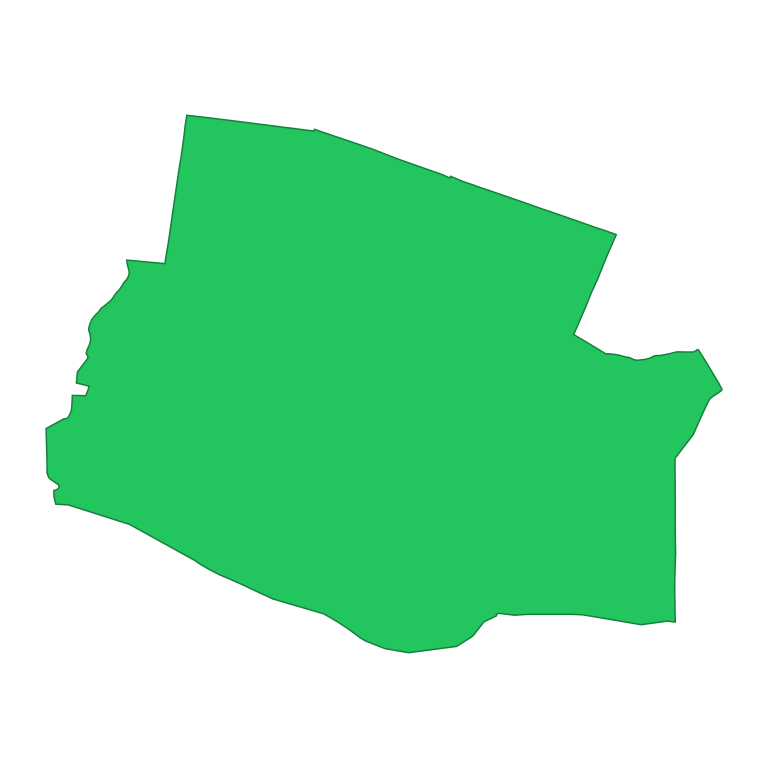 the district of Cascioarele, Calarasi, Romania
{"feature_id": "2599482B95938588353719", "entity_name": "Cascioarele", "entity_type": "district", "adm_level": 2, "iso_a3": "ROU", "parent_name": "Romania", "parent_adm1": "Calarasi", "projection": "albers", "projection_center": [26.457, 44.135], "detail": "fine", "context": "isolated", "style": "filled", "palette": "green", "viewbox_px": 768, "rotation_deg": 0, "n_neighbors": 0, "source": "geoboundaries", "source_scale": "gbopen_adm2", "svg_char_len": 2695}
<svg xmlns="http://www.w3.org/2000/svg" viewBox="0 0 768 768"><path d="M314.6,129.3L313.9,131.0L309.4,130.5L212.1,118.2L186.8,115.3L185.0,126.7L184.1,135.2L181.1,157.2L179.3,167.3L175.0,196.6L168.5,241.6L166.5,253.5L165.6,258.6L165.3,261.1L165.0,263.6L145.9,261.9L132.7,260.6L126.7,260.1L127.2,263.8L128.4,268.6L129.3,272.1L129.0,274.5L127.7,277.8L126.7,279.5L125.0,281.3L123.8,282.7L122.1,285.6L119.4,289.7L116.4,292.7L114.0,296.0L112.6,298.4L110.1,301.1L105.6,304.9L100.9,308.5L99.1,311.3L97.2,313.3L94.9,315.6L91.9,319.3L90.3,323.0L89.3,326.0L88.7,328.6L88.8,330.3L89.8,333.4L90.2,335.1L90.5,337.5L90.5,340.4L90.0,343.0L88.6,346.6L87.3,349.2L86.5,351.8L86.2,353.2L86.5,354.1L87.4,355.7L88.0,356.8L87.7,358.5L86.2,360.3L77.4,372.0L76.4,383.0L89.2,386.2L88.1,389.7L85.7,395.7L76.7,395.5L72.3,395.4L72.1,401.5L71.7,407.8L71.4,410.1L70.5,412.7L69.4,415.2L68.4,416.9L67.4,418.0L66.8,418.5L66.4,418.6L64.7,418.6L64.1,418.7L46.1,428.5L46.1,429.4L46.3,436.1L46.6,446.8L46.9,456.6L47.0,461.1L47.1,465.6L47.0,471.0L46.9,472.4L48.4,476.9L49.5,478.5L51.9,480.3L54.0,481.7L58.3,484.7L59.0,485.9L59.0,487.4L58.4,488.4L57.1,489.4L55.6,490.0L54.3,490.4L53.8,490.6L53.9,493.6L54.0,496.7L55.8,504.2L68.2,504.9L118.9,521.0L129.3,524.3L194.3,560.2L201.1,564.8L209.1,569.4L214.5,572.2L220.0,575.0L227.8,578.2L244.4,585.6L254.8,590.6L272.8,598.9L288.3,603.5L309.5,609.7L323.9,613.9L336.5,621.2L346.5,627.7L361.0,638.3L366.0,641.2L385.3,648.7L408.5,652.7L456.6,646.4L470.9,637.4L473.0,635.8L483.7,622.2L485.8,620.9L496.4,615.9L496.6,614.3L498.6,613.3L514.7,615.2L528.3,614.3L571.6,614.3L582.7,614.8L641.2,624.7L667.1,621.1L675.3,622.0L675.1,614.0L674.7,588.1L674.7,585.8L674.8,578.8L675.6,553.6L675.2,529.1L675.2,498.3L675.0,458.3L693.2,434.7L702.6,413.6L708.5,401.1L709.4,399.6L711.1,397.9L713.1,396.2L716.1,394.4L718.7,392.6L721.9,390.1L721.9,389.2L718.8,383.3L706.0,361.8L698.4,349.8L696.9,349.8L694.6,351.6L693.2,352.0L691.8,352.0L687.2,352.0L680.1,351.9L676.6,351.9L673.2,352.8L670.3,353.5L666.6,354.3L662.8,355.0L660.5,355.4L656.7,355.6L655.0,355.7L653.3,356.4L649.7,358.2L645.0,359.4L638.2,360.2L635.8,360.1L634.1,359.7L629.6,357.7L624.9,356.8L618.5,355.0L612.3,354.1L607.2,353.7L606.6,354.3L573.7,334.5L575.3,330.9L577.9,325.0L585.0,308.5L586.3,305.4L591.9,291.5L592.7,289.9L594.1,287.1L594.6,285.9L595.9,282.7L597.1,280.5L600.5,271.8L601.8,268.8L606.7,256.6L616.3,234.6L613.5,233.6L605.0,230.6L601.3,229.4L594.7,227.2L568.0,217.8L537.2,207.2L516.5,199.9L513.3,198.8L478.8,187.0L471.9,184.5L462.6,181.4L459.0,179.8L450.6,176.3L449.9,178.0L448.4,177.4L443.7,175.2L427.4,169.4L421.7,167.4L397.2,158.8L372.4,149.1L362.8,145.8L320.4,131.4L314.6,129.3Z" fill="#22c55e" stroke="#15803d" stroke-width="1.5"/></svg>